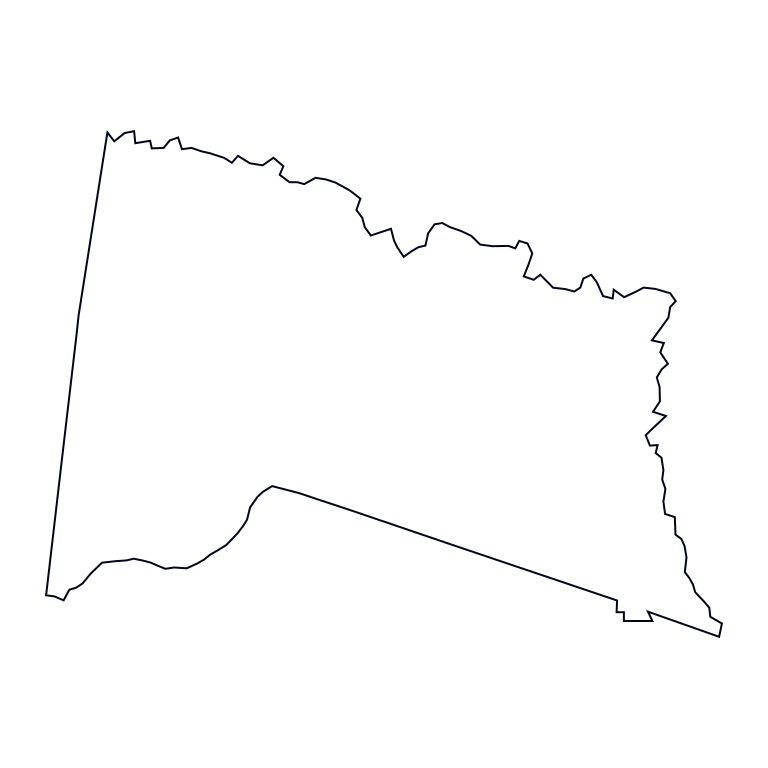 Moreira Sales, Paraná, Brazil
{"feature_id": "56859067B37185624214579", "entity_name": "Moreira Sales", "entity_type": "district", "adm_level": 2, "iso_a3": "BRA", "parent_name": "Brazil", "parent_adm1": "Paraná", "projection": "orthographic", "projection_center": [-52.978, -24.024], "detail": "fine", "context": "isolated", "style": "outline", "palette": "ink", "viewbox_px": 768, "rotation_deg": 0, "n_neighbors": 0, "source": "geoboundaries", "source_scale": "gbopen_adm2", "svg_char_len": 1977}
<svg xmlns="http://www.w3.org/2000/svg" viewBox="0 0 768 768"><path d="M107.4,132.5L78.6,315.4L76.3,336.7L62.7,452.7L46.1,595.3L54.5,596.4L63.6,600.3L69.4,589.7L76.2,587.7L82.7,583.3L90.6,573.7L102.0,562.7L115.4,561.2L126.5,560.4L133.7,558.7L142.6,560.5L150.6,562.6L157.3,565.5L165.3,568.8L174.1,567.5L186.7,568.3L196.9,563.7L204.2,559.5L210.3,554.6L217.6,550.4L226.3,545.0L237.3,533.6L242.8,526.4L247.0,519.8L250.1,507.4L257.5,496.8L262.9,491.8L272.1,486.1L299.1,493.1L316.3,498.9L351.7,510.6L449.7,544.0L617.1,600.5L616.6,612.2L623.9,612.2L623.9,621.0L635.3,621.0L652.4,621.0L648.0,611.7L719.1,636.8L721.9,623.5L710.3,616.8L709.3,607.7L703.5,601.0L695.2,592.2L693.0,584.6L689.4,578.1L684.8,572.1L686.5,557.4L684.6,546.2L681.4,539.0L675.5,534.6L674.8,517.1L665.1,514.0L663.4,501.6L665.4,488.9L662.2,479.5L663.4,470.2L661.5,457.7L655.7,453.1L657.6,445.1L649.9,445.6L645.7,435.2L653.4,427.7L665.9,416.0L653.0,411.8L659.9,401.4L659.6,387.0L656.8,377.4L661.8,369.2L667.9,363.8L660.3,352.4L663.8,343.0L651.9,340.4L668.4,317.7L670.2,307.0L675.7,301.2L670.2,293.2L655.3,288.9L643.6,287.6L636.3,291.5L624.1,297.2L613.7,289.7L612.7,298.5L603.1,296.1L596.6,281.9L591.3,274.8L583.4,278.5L580.3,287.6L574.2,291.5L565.4,289.1L553.1,287.7L540.3,274.7L533.7,279.8L523.8,276.4L528.7,264.0L532.3,253.4L527.5,243.5L519.2,240.9L515.3,248.4L508.5,245.9L492.6,246.2L480.2,244.6L471.2,235.8L460.8,230.9L450.2,227.2L442.2,223.0L434.6,224.3L428.1,233.4L425.4,245.6L418.4,247.2L411.3,251.4L403.7,256.8L397.4,247.5L394.0,240.4L391.0,228.8L370.8,235.5L364.7,227.0L362.3,217.9L356.4,210.0L360.4,198.7L349.7,190.4L335.3,182.5L326.2,179.5L315.5,177.8L304.3,184.1L297.2,182.2L289.5,182.2L279.7,174.8L283.4,166.2L273.4,157.8L262.7,165.3L249.9,163.3L238.0,155.8L231.9,162.8L224.2,157.9L209.8,153.2L201.4,151.3L191.5,147.9L182.0,149.2L178.1,137.5L169.8,140.4L163.7,147.9L151.8,148.4L150.1,140.8L135.3,143.2L134.1,131.2L124.7,133.0L114.3,141.3L107.4,132.5Z" fill="none" stroke="#020617" stroke-width="2"/></svg>